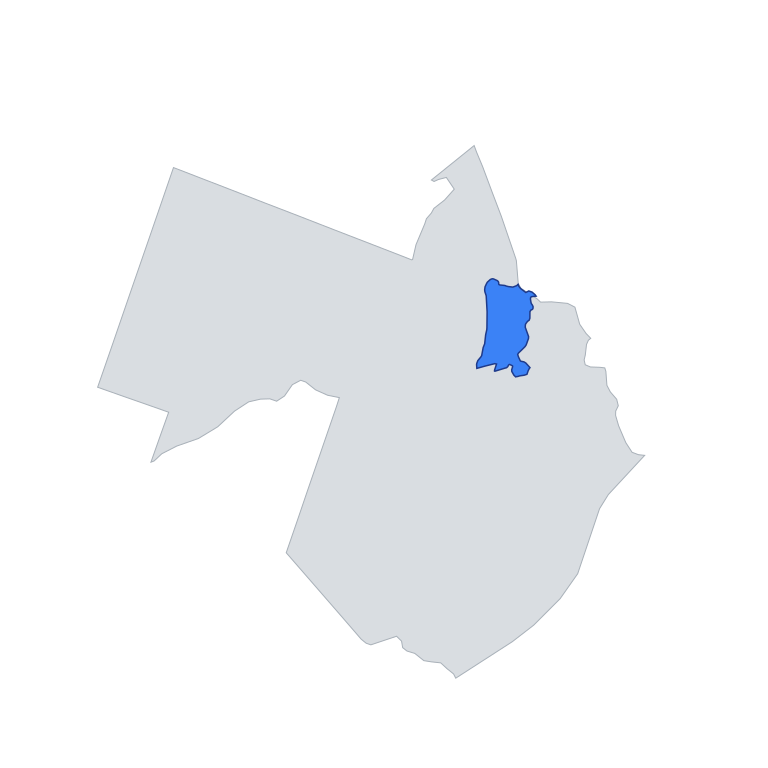 location of Zacapa within Guatemala, rotated 289°
{"feature_id": "GTM-1963", "entity_name": "Zacapa", "entity_type": "Department", "adm_level": 1, "iso_a3": "GTM", "parent_name": "Guatemala", "parent_adm1": "", "projection": "mercator", "projection_center": [-89.448, 15.041], "detail": "fine", "context": "in_parent", "style": "filled", "palette": "blue", "viewbox_px": 768, "rotation_deg": 289, "n_neighbors": 0, "source": "natural_earth", "source_scale": "10m", "svg_char_len": 3161}
<svg xmlns="http://www.w3.org/2000/svg" viewBox="0 0 768 768"><g transform="rotate(289 384 384)"><path d="M129.2,547.6L132.5,544.2L135.3,536.4L138.8,528.4L136.7,519.2L135.4,511.7L139.3,500.8L139.0,492.6L140.8,487.5L146.6,484.3L149.6,478.0L133.1,456.5L133.1,451.5L135.3,445.5L148.7,422.5L164.6,395.0L182.1,364.7L192.6,346.5L231.1,346.5L256.6,346.4L288.9,346.4L324.0,346.4L347.1,346.4L356.6,346.2L355.0,334.3L356.2,321.2L360.4,309.3L360.4,304.0L353.6,297.6L340.2,293.8L332.8,288.1L332.8,280.9L329.5,272.2L323.1,261.9L309.7,251.5L289.4,240.7L272.1,226.3L257.8,208.2L245.7,196.6L236.4,191.7L234.2,189.1L261.4,189.3L287.2,189.6L287.4,163.6L287.5,140.5L287.7,114.3L334.4,114.4L390.1,114.4L448.0,114.5L493.4,114.5L520.1,114.5L518.9,146.9L517.5,184.4L516.4,211.9L515.1,248.5L513.6,286.0L511.7,336.9L510.4,369.8L511.0,370.5L526.2,368.9L548.6,370.4L554.1,370.3L561.0,373.1L566.3,374.0L577.7,381.4L591.1,387.0L599.6,375.7L595.1,368.9L591.8,365.4L592.3,362.4L638.8,391.6L633.3,396.1L621.5,406.6L600.0,424.3L580.8,440.3L562.3,454.7L545.6,467.7L543.7,469.0L522.5,478.3L519.0,482.5L514.4,500.9L512.4,505.4L516.2,515.6L520.0,531.3L518.8,539.5L504.2,549.6L497.5,558.7L494.5,564.6L491.9,563.0L487.4,562.6L476.9,564.9L471.9,565.4L467.7,568.0L467.3,573.6L470.1,582.8L471.1,587.5L468.1,589.7L455.3,595.2L450.2,600.6L445.3,609.0L439.7,612.6L433.8,611.9L429.7,613.2L420.8,619.5L407.3,631.7L400.2,640.8L400.0,647.6L401.4,653.7L352.5,632.1L336.3,628.4L267.7,628.9L238.3,620.4L204.8,604.1L182.1,589.2L129.2,547.6Z" fill="#d9dde1" stroke="#a8b0b8" stroke-width="1"/><path d="M522.0,478.4L520.2,479.8L518.7,482.2L516.7,488.3L519.1,490.6L519.1,494.1L517.6,497.8L516.6,499.2L516.1,498.2L516.0,497.9L515.8,497.6L515.7,497.3L515.3,496.4L514.8,495.5L514.6,495.2L514.4,495.0L514.2,494.8L513.9,494.6L513.6,494.5L512.9,494.6L512.0,494.8L509.2,496.3L508.3,496.9L507.8,497.4L507.1,498.4L506.5,499.0L505.8,499.7L504.3,500.2L503.3,500.2L502.5,499.7L502.0,499.0L500.0,498.4L493.7,500.5L491.6,500.5L489.9,499.3L487.1,498.4L486.0,498.4L483.6,499.1L475.9,505.3L474.0,505.8L467.2,505.7L465.3,505.2L461.2,503.2L456.9,501.0L455.4,500.8L453.2,502.5L450.3,505.3L450.1,505.9L450.5,509.1L450.0,511.3L447.0,516.7L445.6,516.3L443.5,516.0L440.1,516.0L439.7,516.0L439.0,515.1L437.9,513.6L435.9,509.7L434.7,508.1L434.0,506.7L433.6,506.2L434.6,504.0L437.4,500.8L439.0,500.1L441.8,500.0L442.4,499.9L442.9,499.7L443.1,499.1L443.4,496.5L443.1,496.0L442.5,495.6L440.8,495.4L439.3,494.6L438.3,493.1L432.7,485.4L432.3,484.8L432.2,484.3L432.7,484.1L433.3,484.0L439.5,483.9L439.3,482.1L433.7,473.5L429.0,466.7L432.5,465.2L433.8,465.0L436.7,465.1L441.2,466.8L442.7,467.1L450.8,465.9L454.8,466.1L463.6,464.1L468.8,463.5L470.7,463.0L485.8,458.0L500.7,451.9L504.0,449.4L505.8,448.5L508.8,447.9L512.7,448.3L514.0,448.6L516.9,450.2L517.3,450.4L517.7,450.8L518.3,451.5L518.6,451.9L518.8,452.3L518.9,452.7L519.0,453.5L518.7,456.8L518.6,457.7L518.4,458.0L518.1,458.6L517.9,458.9L517.7,459.1L517.2,459.4L515.6,460.1L515.4,460.6L515.4,461.5L516.4,465.7L516.5,466.5L516.4,467.7L516.6,469.8L517.4,473.5L517.6,474.3L520.1,477.3L520.6,477.7L521.6,478.1L521.9,478.3L522.0,478.4Z" fill="#3b82f6" stroke="#1e3a8a" stroke-width="1.5"/></g></svg>